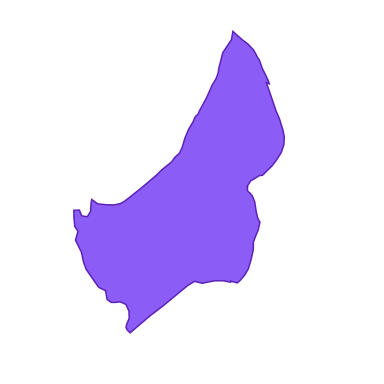 Sarbo, River Gee, Liberia (Natural Earth projection), rotated 141°
{"feature_id": "62588387B52564280766994", "entity_name": "Sarbo", "entity_type": "district", "adm_level": 2, "iso_a3": "LBR", "parent_name": "Liberia", "parent_adm1": "River Gee", "projection": "natural_earth1", "projection_center": [-7.656, 5.164], "detail": "fine", "context": "isolated", "style": "filled", "palette": "violet", "viewbox_px": 384, "rotation_deg": 141, "n_neighbors": 0, "source": "geoboundaries", "source_scale": "gbopen_adm2", "svg_char_len": 1624}
<svg xmlns="http://www.w3.org/2000/svg" viewBox="0 0 384 384"><g transform="rotate(141 192 192)"><path d="M163.9,121.1L162.8,122.2L158.3,125.7L157.2,130.7L154.7,135.9L149.4,145.0L147.6,150.9L147.6,154.6L148.2,157.5L145.4,162.2L145.5,161.0L144.4,162.1L139.2,163.7L133.5,162.8L129.8,162.5L126.6,160.6L121.0,161.2L113.5,161.9L107.0,163.4L97.7,166.5L90.8,171.0L85.7,176.6L82.6,182.3L77.9,194.0L75.8,201.6L71.9,212.3L68.3,222.0L65.5,230.1L63.9,227.4L62.9,229.9L61.0,237.2L59.7,243.4L58.3,247.5L56.6,252.1L56.3,256.1L55.8,257.7L54.8,263.4L55.4,271.8L56.9,277.7L57.7,281.8L57.6,282.3L58.1,284.0L59.1,291.1L65.4,285.6L80.4,280.9L87.1,275.9L92.8,271.7L97.0,267.9L101.7,265.1L109.4,262.2L121.0,256.3L124.0,255.0L133.5,251.1L138.9,248.5L141.6,248.7L142.4,248.3L147.2,245.8L155.0,242.9L163.6,238.3L171.2,233.1L171.9,232.7L177.2,230.1L183.3,229.8L188.9,228.2L200.8,228.3L210.4,227.4L230.1,227.0L237.0,227.1L241.7,227.1L250.3,227.3L254.7,228.0L260.4,230.8L266.4,235.8L272.7,242.1L274.6,249.3L277.5,246.8L280.3,243.7L282.9,240.8L289.0,238.7L292.7,242.9L290.9,248.8L295.3,252.2L300.1,246.1L304.8,238.9L305.4,233.2L307.9,231.4L312.9,227.9L315.8,214.9L320.4,205.8L323.0,198.2L324.5,176.5L321.3,169.7L325.6,162.0L324.4,157.2L321.6,154.8L316.9,151.8L314.1,146.3L316.0,139.0L320.3,133.4L325.8,130.4L328.4,128.4L329.2,125.8L328.7,121.5L302.8,122.2L286.0,121.7L263.2,122.0L254.0,122.0L246.2,120.9L241.5,114.6L235.0,111.3L229.9,108.5L227.5,106.5L223.7,103.4L218.8,97.7L218.0,98.4L214.1,92.9L210.5,92.9L203.3,94.3L196.7,96.8L189.0,102.0L180.9,108.4L175.7,114.5L169.8,118.0L163.9,121.1Z" fill="#8b5cf6" stroke="#5b21b6" stroke-width="1.5"/></g></svg>